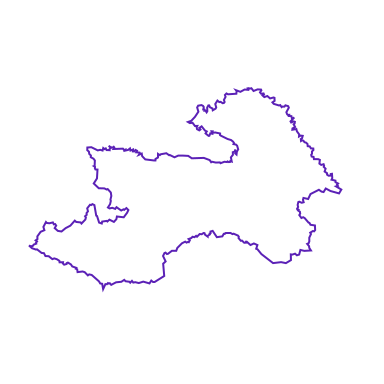 outline of Tiquicheo de Nicolás Romero, Michoacán, Mexico, rotated 285°
{"feature_id": "50627088B35926432685545", "entity_name": "Tiquicheo de Nicolás Romero", "entity_type": "district", "adm_level": 2, "iso_a3": "MEX", "parent_name": "Mexico", "parent_adm1": "Michoacán", "projection": "natural_earth1", "projection_center": [-100.779, 19.071], "detail": "fine", "context": "isolated", "style": "outline", "palette": "violet", "viewbox_px": 384, "rotation_deg": 285, "n_neighbors": 0, "source": "geoboundaries", "source_scale": "gbopen_adm2", "svg_char_len": 6011}
<svg xmlns="http://www.w3.org/2000/svg" viewBox="0 0 384 384"><g transform="rotate(285 192 192)"><path d="M305.5,225.3L307.6,222.5L306.6,220.7L307.0,220.0L306.5,218.9L305.2,219.7L304.6,216.3L301.3,212.8L301.7,208.1L301.0,209.0L298.4,209.4L295.7,201.5L296.1,199.8L294.2,198.7L292.6,199.8L289.2,199.0L287.4,200.2L286.3,199.8L285.7,198.7L286.5,196.3L285.9,195.1L286.9,192.9L283.0,191.7L280.0,193.5L278.6,193.2L276.3,190.9L278.0,190.1L278.5,187.4L280.1,186.2L279.9,185.4L277.5,184.8L274.0,185.9L272.7,185.5L274.2,183.8L273.7,182.9L274.9,182.5L274.7,181.5L277.1,181.4L278.0,180.4L278.4,178.7L277.0,175.6L275.0,175.1L271.2,177.4L265.3,175.4L260.6,172.9L258.6,170.0L258.0,172.1L259.0,174.6L256.5,177.8L257.2,180.0L255.8,179.7L254.0,180.6L253.4,183.1L254.6,184.0L255.8,182.5L257.9,184.3L254.7,188.6L254.3,190.6L252.1,189.9L250.5,193.5L250.8,194.2L253.4,194.5L253.5,196.4L255.7,195.1L255.9,196.2L255.1,196.1L254.7,197.1L255.5,199.0L255.8,204.0L254.3,204.3L253.9,205.2L252.4,212.7L252.3,216.3L251.3,218.6L250.2,219.9L249.0,219.7L249.2,222.1L248.4,223.6L244.6,225.9L245.0,225.5L242.5,224.9L239.7,225.3L240.4,223.9L242.3,224.7L242.5,223.4L244.3,222.7L242.2,222.9L241.0,221.1L238.5,221.9L235.5,220.6L231.7,222.5L231.8,221.0L230.9,221.0L230.4,219.8L230.7,218.4L230.0,218.1L229.6,215.5L227.2,212.1L227.8,211.3L226.6,207.4L226.4,203.4L225.7,202.8L227.4,200.8L228.0,194.6L224.5,183.1L225.9,179.0L224.7,173.3L223.6,169.3L221.0,166.1L222.0,160.9L221.6,160.4L222.8,157.2L220.4,152.1L219.3,151.4L220.0,149.3L216.5,150.2L214.5,148.2L213.0,148.5L212.6,147.0L211.4,138.4L213.7,134.6L216.1,133.5L214.2,131.1L216.0,131.7L216.5,131.2L215.9,127.9L217.6,128.2L218.0,126.5L216.2,125.6L215.9,124.4L217.8,124.0L216.1,121.8L218.0,120.8L216.1,119.4L214.5,116.4L215.6,116.5L214.9,115.5L216.0,114.1L213.2,105.0L214.9,105.4L215.4,104.7L214.5,104.1L214.2,101.8L215.1,99.6L213.4,102.2L211.4,100.9L211.0,101.3L210.4,98.6L211.8,97.4L210.8,96.4L211.5,94.9L208.9,94.9L209.0,92.4L207.8,90.2L209.2,83.2L207.9,79.4L205.3,80.0L204.3,82.0L202.2,82.9L201.1,84.9L199.4,85.2L198.7,88.2L197.3,90.0L192.0,91.2L191.6,90.6L191.2,91.8L189.7,92.1L188.8,92.9L189.2,94.9L180.5,96.7L174.8,94.9L171.5,101.0L172.8,106.4L172.3,108.9L173.0,109.8L170.5,113.7L167.3,115.1L163.5,115.2L162.4,115.9L159.0,116.0L155.3,114.8L154.8,116.6L156.1,119.1L155.8,122.2L157.8,123.0L155.8,128.4L157.5,130.3L157.2,131.1L159.5,132.8L158.1,135.2L155.2,134.7L149.9,132.6L148.9,125.8L146.2,126.0L142.9,124.3L143.9,119.4L141.6,117.9L142.0,117.1L140.2,112.9L138.2,113.0L138.4,110.2L144.2,106.5L144.4,105.6L154.1,101.1L154.5,98.9L153.3,98.0L153.3,96.8L149.1,95.0L146.4,96.5L144.3,95.6L142.7,96.2L140.9,95.0L139.9,96.1L137.8,96.1L132.9,93.4L133.8,92.3L133.1,87.9L134.0,86.2L128.0,83.2L124.4,79.3L120.1,76.2L119.7,72.5L121.6,68.7L124.4,69.5L125.6,68.1L125.0,66.9L126.6,65.5L124.9,62.4L124.5,59.7L125.2,58.7L119.8,57.5L116.9,59.3L114.4,56.1L109.1,54.1L106.5,54.9L104.8,53.5L104.1,55.1L102.5,54.4L101.8,54.9L100.2,52.7L98.6,52.1L97.9,50.3L98.1,48.4L96.3,52.0L96.0,56.2L96.5,57.1L94.2,62.5L94.6,64.8L92.2,67.0L92.9,70.2L91.0,74.5L92.2,76.1L92.1,78.8L91.2,81.7L89.8,82.3L90.8,85.6L89.6,85.7L88.7,87.3L90.0,89.5L90.9,89.4L91.7,90.4L90.7,93.8L89.1,95.6L88.8,99.9L87.8,99.7L87.6,101.1L85.0,102.2L86.9,106.9L86.8,109.1L84.5,113.0L85.8,114.0L85.9,116.6L81.6,125.3L79.9,127.0L80.1,129.0L75.2,131.3L80.6,132.2L80.9,133.7L82.3,134.4L82.0,135.4L82.6,136.2L81.4,138.0L85.1,142.0L87.0,147.0L89.6,149.3L88.6,150.9L89.1,154.8L88.4,155.8L90.6,157.0L89.3,158.7L90.2,160.5L90.3,164.2L92.8,168.1L92.7,174.6L95.9,175.6L95.0,177.6L95.4,179.2L103.7,186.9L115.3,182.7L118.1,184.5L122.7,180.6L125.9,181.2L126.6,182.1L125.6,183.8L126.1,184.8L130.0,187.8L131.1,192.0L134.2,192.3L139.9,195.6L142.3,198.3L141.7,199.8L142.8,201.1L142.7,201.9L144.8,202.4L145.7,200.9L147.4,203.3L148.9,204.1L149.0,206.1L150.7,207.3L150.1,208.4L153.4,210.3L153.7,212.3L155.4,213.8L155.5,214.7L154.1,215.7L153.0,218.6L153.6,218.4L155.6,220.2L156.4,219.8L157.0,220.6L158.6,220.1L159.8,222.0L154.8,227.7L157.0,232.8L159.8,233.5L160.0,234.5L161.0,234.9L162.4,239.8L161.8,242.0L162.5,243.0L161.8,247.7L160.9,248.8L159.5,248.9L157.5,251.8L158.0,252.8L156.5,255.6L157.1,257.4L158.0,257.1L158.2,257.7L155.9,262.2L158.3,265.1L157.7,268.9L153.8,268.7L153.6,270.1L150.0,275.1L144.3,288.7L147.3,296.2L147.6,301.1L151.8,305.2L157.3,303.6L157.5,305.1L159.1,307.5L158.0,309.7L159.3,311.7L164.1,311.7L164.2,315.7L166.3,322.0L168.4,319.7L170.0,319.1L171.7,316.7L172.7,317.9L174.7,318.1L178.2,317.1L182.2,317.8L183.3,316.7L185.6,318.9L185.6,320.1L187.1,320.8L191.5,319.4L191.0,314.9L192.6,313.4L192.6,312.5L196.0,307.5L196.4,305.9L195.2,304.4L197.5,301.6L199.1,302.1L200.9,301.3L201.5,299.4L202.1,298.6L202.6,299.2L203.2,297.9L205.0,298.4L206.8,297.4L209.8,297.3L210.4,298.1L210.0,300.8L211.0,302.5L213.2,301.2L215.1,301.2L215.3,306.0L220.7,307.0L227.0,314.0L225.9,317.0L226.0,319.1L230.0,320.3L228.8,325.5L228.7,334.4L233.0,335.6L234.7,329.7L235.7,331.3L236.7,330.2L238.0,330.9L238.6,328.1L240.1,327.6L240.0,323.6L241.7,323.9L245.8,322.5L245.3,321.4L243.8,321.9L243.1,319.7L243.7,318.0L245.1,317.6L246.1,314.8L249.1,315.0L250.4,312.7L251.6,312.8L252.9,311.9L251.6,309.8L252.4,307.7L256.1,307.2L256.4,305.5L255.3,301.3L257.4,300.3L257.2,298.4L258.7,297.5L260.0,298.0L262.2,297.4L264.0,298.4L265.4,297.9L264.9,295.6L266.5,293.9L266.2,291.9L268.3,291.1L269.2,289.4L269.2,287.8L270.4,286.3L270.4,284.9L269.5,284.1L271.3,283.4L272.5,284.4L274.9,284.4L274.6,282.3L273.3,281.0L275.4,280.6L277.8,277.6L279.8,276.5L278.1,272.8L279.4,272.6L281.5,274.8L283.7,272.6L284.7,273.4L286.4,273.2L286.5,271.9L284.8,269.8L285.7,268.9L290.4,271.5L288.8,269.5L291.0,268.4L290.5,265.9L291.7,265.9L291.3,264.5L291.8,263.7L293.5,262.5L298.5,263.7L299.8,262.7L299.9,259.8L298.4,259.2L297.9,257.1L297.2,256.6L298.8,254.7L298.1,253.7L298.3,248.1L299.4,246.5L301.4,248.2L304.3,247.3L304.4,246.3L302.6,243.2L304.2,239.9L302.4,237.3L303.5,235.2L304.8,236.3L305.7,235.6L304.8,233.4L305.8,231.9L308.1,232.7L308.8,232.2L308.1,228.8L305.5,225.3Z" fill="none" stroke="#5b21b6" stroke-width="2"/></g></svg>